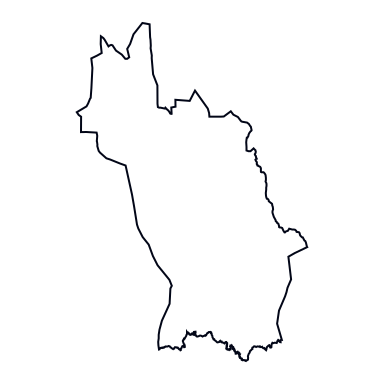 Anka, Zamfara, Nigeria
{"feature_id": "59680162B63960569375521", "entity_name": "Anka", "entity_type": "district", "adm_level": 2, "iso_a3": "NGA", "parent_name": "Nigeria", "parent_adm1": "Zamfara", "projection": "equal_earth", "projection_center": [6.08, 11.964], "detail": "fine", "context": "isolated", "style": "outline", "palette": "ink", "viewbox_px": 384, "rotation_deg": 0, "n_neighbors": 0, "source": "geoboundaries", "source_scale": "gbopen_adm2", "svg_char_len": 6034}
<svg xmlns="http://www.w3.org/2000/svg" viewBox="0 0 384 384"><path d="M100.9,36.3L100.7,44.1L101.7,53.0L97.1,55.6L91.3,58.4L92.4,68.0L91.4,88.2L90.7,97.9L90.1,98.6L88.1,103.5L86.5,106.4L76.8,112.2L78.7,115.0L81.1,116.7L81.0,132.1L86.2,132.0L96.6,132.6L97.2,135.4L97.2,136.5L96.8,141.2L97.0,141.7L97.4,144.5L97.3,146.1L98.7,150.9L100.0,152.6L106.4,158.3L110.1,159.5L120.0,163.5L125.6,165.5L132.0,194.5L134.1,206.5L137.0,224.6L138.3,228.5L142.7,237.1L148.7,244.6L152.9,256.0L157.6,265.3L169.4,279.8L171.8,285.8L170.4,288.5L169.6,303.8L161.9,320.7L159.5,329.6L158.7,334.8L158.7,338.4L158.2,341.9L158.4,345.3L159.0,349.5L159.5,349.3L160.0,348.4L160.5,347.9L162.1,348.0L162.3,347.5L163.7,347.8L164.0,347.6L164.0,347.2L164.5,347.0L164.8,346.8L165.1,346.9L165.8,346.4L166.9,346.6L167.8,346.4L168.6,346.0L169.8,346.4L170.4,347.3L170.7,347.3L171.7,348.2L173.1,349.1L173.5,348.7L174.1,348.6L174.1,348.2L174.8,347.6L175.0,347.2L176.9,347.4L177.3,347.5L177.2,347.8L177.5,347.9L177.8,347.8L178.3,348.1L178.4,348.5L178.8,348.8L179.0,349.2L179.7,349.3L180.4,350.3L180.8,350.1L180.8,348.8L181.3,348.5L181.4,348.0L182.4,346.1L183.1,346.0L184.1,347.2L184.8,347.0L184.8,346.0L184.4,344.4L183.8,344.0L182.8,341.0L183.1,340.1L183.8,339.7L184.3,339.0L184.0,338.5L184.2,338.3L184.7,338.5L186.3,335.7L186.5,334.8L187.0,334.0L187.0,332.1L187.2,332.4L187.8,332.3L188.2,332.8L188.8,333.1L189.0,333.9L189.4,334.0L189.5,334.5L190.2,334.9L190.9,334.8L191.4,334.2L191.5,333.7L192.0,333.4L192.9,334.5L193.7,334.8L193.7,332.4L193.9,331.9L195.5,331.7L195.6,332.5L195.0,334.8L195.8,335.1L196.1,335.5L196.3,336.2L197.1,336.6L198.7,336.2L199.8,335.6L200.8,335.6L202.6,336.5L202.9,336.2L204.0,335.9L205.0,335.3L205.3,335.7L205.8,335.3L206.1,335.3L207.0,333.6L207.4,333.0L208.1,332.9L208.6,332.1L210.6,331.9L211.1,332.3L210.9,333.2L211.6,333.5L211.7,334.9L212.3,335.7L212.5,337.3L213.4,338.8L213.5,339.4L213.7,339.5L213.8,339.2L214.2,339.2L214.3,339.7L214.7,340.3L215.5,340.7L217.1,342.3L217.6,342.4L219.5,341.9L219.6,341.3L220.1,340.9L220.4,341.6L221.4,341.7L221.3,342.0L221.6,342.2L221.8,341.9L222.1,342.4L223.6,342.8L224.5,343.5L224.8,343.3L225.5,342.1L226.2,342.0L226.4,342.4L226.7,342.5L227.2,343.1L227.1,343.8L226.9,344.1L226.8,344.6L227.1,344.8L227.0,345.7L226.6,345.8L226.5,346.0L227.0,346.4L227.0,346.7L226.6,348.0L226.3,348.0L226.2,348.2L226.4,348.9L226.8,349.0L227.2,349.5L227.3,349.5L227.6,349.2L228.1,349.7L228.5,349.2L228.8,349.2L229.3,349.7L229.5,349.3L229.9,349.6L230.5,349.5L230.6,349.2L230.5,348.6L230.9,348.2L230.7,347.7L230.8,347.3L230.1,346.5L230.4,346.0L230.4,345.5L231.2,345.3L231.2,346.0L231.7,346.5L231.8,346.5L232.0,345.9L232.3,346.4L232.1,346.5L232.8,346.8L232.9,347.1L233.1,347.1L233.0,348.5L233.6,348.2L233.9,348.3L234.1,348.8L233.8,349.7L234.0,350.1L234.6,349.9L234.7,350.3L234.4,350.7L234.5,351.0L235.0,351.0L235.2,351.4L235.0,351.7L235.7,352.5L235.6,352.8L235.6,353.7L235.9,353.8L236.7,353.3L236.8,353.2L236.7,352.5L236.9,352.1L237.7,351.7L238.3,352.6L238.7,352.6L238.7,353.1L238.4,353.3L238.5,353.7L239.3,353.7L239.2,353.2L239.4,353.2L239.6,353.8L239.4,354.3L239.9,354.4L239.6,355.0L239.2,355.1L239.5,355.6L239.3,356.1L239.3,356.7L239.8,357.7L240.3,357.4L240.6,358.2L241.9,358.6L241.9,359.1L241.6,359.5L241.7,359.9L242.1,360.0L242.4,359.8L242.9,360.3L243.5,360.0L244.3,360.1L244.6,360.4L245.3,360.3L245.6,360.9L245.9,361.0L246.3,360.4L247.0,360.3L248.0,359.6L248.1,357.4L247.9,356.2L248.8,353.7L249.7,352.6L249.9,351.2L250.5,350.6L251.0,350.4L251.3,349.8L252.4,349.0L252.2,348.3L252.4,347.6L253.4,347.1L254.1,346.3L255.0,346.4L256.1,347.0L257.4,346.4L258.6,346.6L259.6,346.3L259.8,346.3L259.8,346.8L260.1,347.1L261.2,347.0L261.9,347.2L262.2,346.9L262.8,347.8L263.4,348.3L264.3,348.0L264.9,348.7L265.0,349.2L266.1,350.2L266.4,349.5L266.6,348.0L267.0,347.0L268.7,345.4L269.3,345.2L270.2,347.5L270.9,347.6L271.4,347.2L271.5,345.0L271.8,343.9L272.4,342.8L273.1,343.2L274.8,342.7L276.7,343.0L277.5,340.8L278.2,339.9L278.5,340.1L278.6,340.9L279.0,341.3L279.5,341.4L280.0,342.1L280.6,342.2L280.5,340.3L281.1,339.7L281.8,339.8L277.1,323.7L279.0,310.6L285.1,296.3L286.5,292.1L287.5,287.8L291.1,279.4L288.4,256.7L294.7,253.1L307.2,247.1L306.9,246.6L305.9,242.5L305.3,241.1L304.4,240.5L302.8,237.4L302.0,237.3L300.4,235.7L300.0,235.0L299.6,233.1L298.9,232.2L296.6,231.9L296.2,230.8L295.1,229.8L293.8,229.5L292.1,229.5L289.2,228.7L287.9,230.8L286.3,231.3L285.5,231.7L285.0,232.4L284.5,232.4L283.4,230.7L282.2,228.0L281.0,227.5L279.5,227.4L279.1,227.1L279.0,225.8L278.3,223.6L277.2,223.0L276.7,221.9L275.8,221.3L275.6,220.1L273.8,216.8L272.5,212.8L272.5,211.1L273.1,209.4L272.8,206.9L272.2,205.2L272.2,204.5L272.0,203.8L268.8,201.3L268.7,200.3L268.3,199.5L267.6,198.8L266.8,198.7L266.3,197.3L266.0,195.8L265.8,193.0L266.2,189.7L266.2,187.6L266.5,186.0L266.5,183.9L266.1,182.5L265.6,181.7L265.6,181.1L265.9,180.3L265.9,177.9L265.6,175.3L265.3,174.4L264.0,172.6L263.3,172.2L261.7,172.3L261.0,172.0L260.9,171.5L260.9,168.4L260.6,167.5L260.1,166.8L257.4,165.5L257.4,164.7L256.9,164.4L256.7,163.9L256.9,163.1L256.8,162.1L255.9,160.9L255.4,159.7L256.1,158.9L256.7,158.7L256.0,157.2L255.9,156.1L255.3,155.5L254.8,154.2L255.5,153.1L255.8,151.8L255.4,150.2L254.8,149.7L253.6,148.4L250.5,151.2L248.5,151.2L246.5,150.5L246.5,147.0L246.2,142.2L246.5,139.5L246.8,137.7L247.4,137.7L248.4,135.9L248.5,134.9L249.2,133.2L250.5,131.4L251.2,130.9L251.6,130.2L250.8,126.6L250.0,125.8L249.0,124.1L247.1,122.6L242.1,121.7L241.4,121.4L240.7,120.7L237.9,117.0L233.4,114.7L230.8,111.3L223.8,116.5L220.4,116.7L209.4,116.7L209.1,113.0L207.8,108.6L195.0,90.6L189.7,100.9L175.4,99.8L175.5,106.7L171.3,107.5L171.6,113.8L171.2,113.9L170.2,113.5L169.3,111.8L168.2,110.4L167.2,109.6L165.4,107.7L164.9,108.6L160.7,107.7L159.2,107.7L157.9,107.1L157.5,103.9L157.4,85.4L153.1,74.3L151.7,58.1L151.8,55.5L150.6,48.3L150.8,45.7L150.5,39.8L150.1,37.2L149.6,24.3L142.4,23.0L133.5,34.3L130.1,44.0L127.2,48.9L129.2,57.3L127.2,58.8L125.3,58.8L121.8,54.6L116.0,50.6L112.5,45.3L111.1,44.9L109.5,45.6L108.5,46.4L104.6,39.7L103.3,38.0L100.9,36.3Z" fill="none" stroke="#020617" stroke-width="2"/></svg>